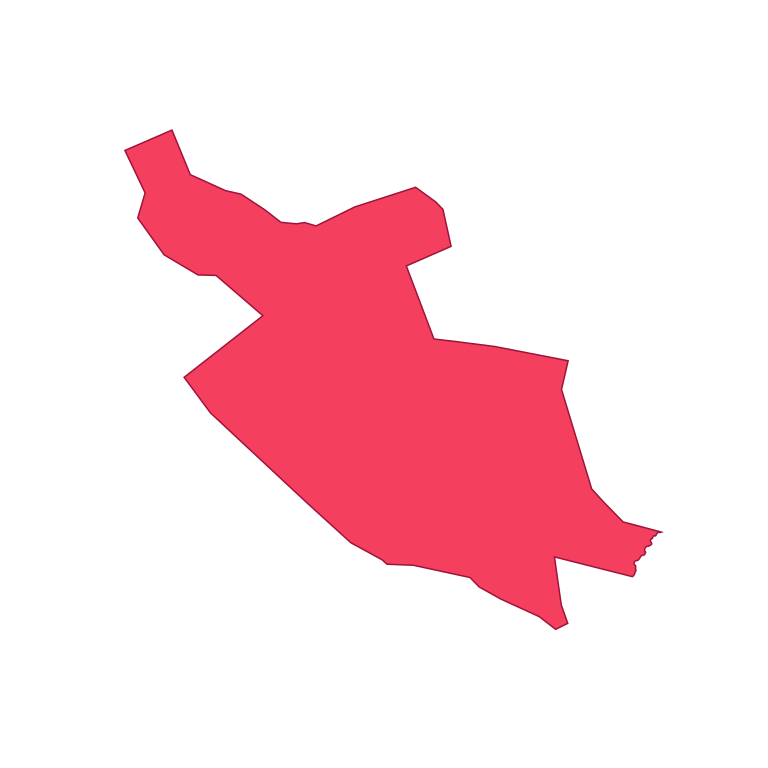 the district of Su'mber, Dornogovi, Mongolia, rotated 102°
{"feature_id": "93677404B97636792882766", "entity_name": "Su'mber", "entity_type": "district", "adm_level": 2, "iso_a3": "MNG", "parent_name": "Mongolia", "parent_adm1": "Dornogovi", "projection": "mercator", "projection_center": [108.779, 46.503], "detail": "fine", "context": "isolated", "style": "filled", "palette": "rose", "viewbox_px": 768, "rotation_deg": 102, "n_neighbors": 0, "source": "geoboundaries", "source_scale": "gbopen_adm2", "svg_char_len": 1535}
<svg xmlns="http://www.w3.org/2000/svg" viewBox="0 0 768 768"><g transform="rotate(102 384 384)"><path d="M323.0,208.7L324.3,283.3L327.4,320.8L329.6,344.5L263.9,386.7L235.4,347.0L201.0,362.6L195.1,371.4L185.0,394.0L216.8,449.3L243.5,483.3L242.6,495.2L245.5,502.9L247.3,518.5L238.4,536.8L228.0,563.3L227.8,579.3L219.5,617.0L179.7,644.2L209.4,686.0L246.7,657.4L272.8,659.4L303.4,625.9L316.0,588.6L312.7,570.9L342.4,516.7L419.0,580.9L448.4,547.7L516.9,433.6L546.2,383.3L556.4,349.2L559.7,343.6L555.2,317.7L555.4,259.7L562.8,248.6L570.1,225.0L579.3,183.8L588.3,165.1L579.9,154.5L563.2,164.7L517.7,181.3L520.8,101.1L520.2,100.4L519.1,99.9L517.4,99.2L517.0,99.2L516.4,99.4L516.1,99.4L514.8,98.9L514.2,98.7L513.8,98.8L513.1,99.2L512.7,99.5L511.8,99.5L511.1,99.8L510.3,99.8L509.8,99.9L509.4,100.2L508.7,101.3L508.0,102.0L507.4,102.2L506.5,102.1L505.3,101.7L504.8,101.4L504.1,99.9L503.6,99.0L503.2,98.6L501.6,97.8L500.0,97.3L498.6,96.5L497.6,95.4L497.5,95.0L497.3,94.3L496.7,93.6L496.2,93.6L495.7,93.6L495.4,93.5L494.8,93.1L494.1,93.1L493.8,93.4L493.1,94.3L492.1,94.6L490.9,94.6L489.4,94.2L488.6,93.5L487.9,92.6L487.6,91.4L487.1,90.7L486.2,89.9L485.4,89.1L484.8,88.9L484.2,89.1L483.4,89.5L482.6,90.5L482.0,90.9L481.0,90.9L480.4,90.7L479.9,90.1L479.4,89.5L478.9,89.2L477.7,89.2L477.1,89.1L476.6,88.8L476.3,88.5L476.2,88.0L476.3,87.3L476.1,86.8L475.5,86.6L474.7,86.3L473.2,85.8L472.5,85.3L472.2,84.7L471.7,82.9L471.2,82.0L469.2,121.5L454.1,144.2L443.5,159.0L352.5,209.2L323.0,208.7Z" fill="#f43f5e" stroke="#9f1239" stroke-width="1.5"/></g></svg>